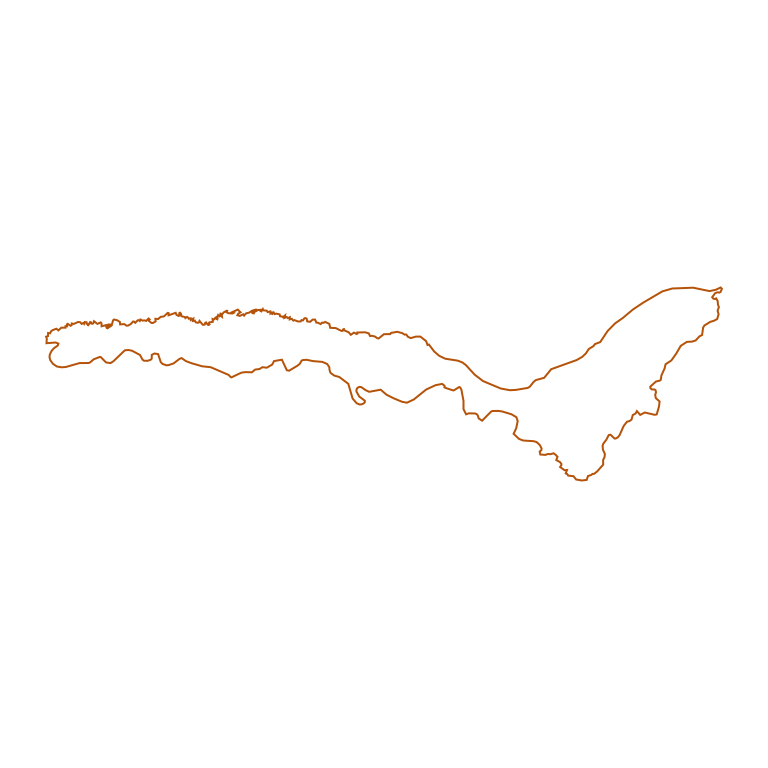 Las Golondrinas, Esmeraldas, Ecuador (Albers equal-area conic projection)
{"feature_id": "8360857B1829680752404", "entity_name": "Las Golondrinas", "entity_type": "district", "adm_level": 2, "iso_a3": "ECU", "parent_name": "Ecuador", "parent_adm1": "Esmeraldas", "projection": "albers", "projection_center": [-79.126, 0.309], "detail": "fine", "context": "isolated", "style": "outline", "palette": "amber", "viewbox_px": 768, "rotation_deg": 0, "n_neighbors": 0, "source": "geoboundaries", "source_scale": "gbopen_adm2", "svg_char_len": 6073}
<svg xmlns="http://www.w3.org/2000/svg" viewBox="0 0 768 768"><path d="M594.2,473.8L597.3,471.3L603.2,464.6L603.1,460.0L604.5,457.2L604.9,454.0L602.9,449.6L602.6,445.7L603.4,443.5L606.3,439.8L608.7,435.1L610.5,434.7L614.5,438.5L615.7,438.5L617.9,437.3L619.6,435.1L623.6,426.1L626.9,421.8L629.6,421.0L631.5,419.6L632.8,415.0L635.5,413.6L636.9,411.1L640.2,414.9L644.8,412.5L654.6,414.8L656.7,414.4L659.0,406.5L659.6,401.5L655.8,398.1L655.2,394.8L656.0,392.3L655.6,390.3L654.7,389.5L651.7,389.4L650.4,388.0L650.3,386.6L656.0,381.5L659.8,380.6L660.8,379.8L661.4,375.5L664.6,368.4L665.6,364.2L671.3,360.5L676.1,353.8L680.7,345.9L686.8,341.9L692.1,341.6L695.6,340.5L699.5,336.3L702.1,335.0L703.1,327.6L704.4,325.5L710.2,321.9L714.3,320.6L717.2,319.0L718.6,314.2L717.6,310.8L718.9,307.1L717.9,304.4L717.7,301.1L716.2,298.4L715.2,299.0L713.4,298.7L712.2,297.2L715.0,293.3L717.2,292.3L719.4,292.6L720.6,291.9L721.9,288.8L720.6,287.5L715.7,289.8L709.6,291.1L693.1,287.7L672.3,288.5L662.3,291.4L642.8,302.9L632.8,309.6L622.9,317.9L615.2,323.3L607.6,331.0L600.2,342.1L594.9,344.1L593.6,346.0L588.8,349.0L585.9,353.4L582.3,356.8L576.8,360.0L551.2,369.2L544.2,377.8L535.8,380.1L533.6,381.9L529.8,386.7L527.8,387.9L515.9,389.9L509.8,390.2L500.7,388.5L483.1,381.1L474.7,374.7L465.8,365.0L462.3,362.4L457.5,360.6L445.2,358.7L439.2,355.8L434.2,351.5L428.9,344.5L427.5,345.0L426.2,341.2L420.4,336.6L415.9,336.6L410.7,338.1L407.8,336.7L406.3,334.5L404.5,334.6L402.4,333.2L397.3,331.8L391.1,332.9L390.2,334.1L383.9,334.2L378.6,338.5L377.1,338.1L375.1,336.6L372.1,335.8L370.0,336.0L368.8,333.4L365.2,332.3L357.3,332.5L357.3,333.7L356.6,334.0L354.0,332.6L350.8,334.8L348.7,332.3L344.4,330.4L344.0,329.1L343.2,329.3L342.6,330.8L341.4,330.9L335.8,328.1L330.2,327.8L329.3,323.9L325.1,321.9L323.7,322.8L322.1,322.6L320.6,324.1L317.9,322.7L316.3,322.6L315.1,319.6L312.6,319.6L310.1,321.8L307.2,321.4L306.7,318.8L305.7,318.1L304.4,318.3L303.0,320.4L301.5,320.1L300.8,321.4L298.0,321.5L294.5,320.1L293.3,320.6L291.8,318.8L289.7,319.4L289.8,317.2L287.9,318.1L286.7,317.0L284.5,317.9L285.0,315.5L282.9,317.2L282.2,316.5L280.1,316.3L279.7,314.4L276.2,313.6L274.7,314.1L273.7,312.5L272.4,314.0L271.9,313.8L272.5,312.7L272.1,312.4L270.4,313.5L270.3,311.4L267.6,312.1L266.8,310.7L263.2,310.3L262.8,309.1L261.3,311.4L260.5,311.0L260.7,309.8L258.1,310.0L255.9,311.2L256.1,309.7L255.2,309.7L252.6,310.6L254.2,311.9L253.8,313.4L252.4,313.1L251.6,311.1L249.2,312.6L246.0,313.4L244.1,315.6L243.2,314.3L239.8,315.9L237.4,315.2L238.3,313.6L240.5,312.3L237.8,309.6L232.3,312.1L233.7,312.8L232.4,313.5L228.4,313.2L226.5,312.2L227.2,310.9L226.8,310.7L223.8,312.3L222.3,314.1L220.5,313.6L220.3,314.2L221.9,315.8L222.0,316.8L220.4,315.5L219.5,316.3L218.1,315.0L217.5,316.4L216.1,317.3L217.6,318.1L217.3,319.3L215.2,318.2L213.9,319.5L212.6,319.0L212.8,321.8L209.3,322.4L208.9,323.3L209.5,324.4L208.5,325.0L207.6,324.6L206.1,322.4L205.3,322.7L204.7,324.6L202.8,324.8L199.5,320.9L198.9,322.4L198.0,322.8L195.7,322.3L194.8,320.6L192.9,321.0L193.3,318.6L190.8,320.0L190.7,318.3L188.7,318.7L188.5,317.9L187.0,316.9L185.4,318.1L185.0,317.1L181.5,316.2L180.9,313.6L180.0,312.7L179.3,313.1L179.3,315.6L178.7,316.0L176.5,314.9L175.7,312.8L168.6,315.3L168.6,313.1L167.7,312.9L163.9,316.4L160.6,316.9L158.2,319.0L155.4,318.8L155.6,321.4L152.9,323.0L151.6,323.0L148.8,320.8L148.6,320.3L149.6,319.4L148.5,318.5L146.2,320.9L144.5,320.4L142.6,320.6L140.4,319.5L139.8,321.0L138.7,320.2L137.7,320.3L135.3,322.8L133.9,321.5L133.1,321.5L130.6,324.2L127.8,325.7L126.6,325.7L124.3,324.1L120.1,324.4L119.9,322.0L117.3,320.3L114.0,319.5L113.1,320.3L111.8,324.8L108.8,324.4L107.5,324.9L107.7,326.0L110.3,326.4L107.5,328.3L106.7,328.0L105.7,325.2L101.6,326.3L101.5,323.3L100.7,322.4L97.4,323.9L94.0,321.2L93.2,323.4L92.4,323.8L90.5,323.2L90.9,322.3L90.2,322.0L87.8,325.9L88.1,324.4L86.7,323.8L86.6,322.3L84.8,322.0L84.1,323.8L83.5,322.9L81.6,323.9L80.2,322.2L78.0,322.0L73.9,323.9L71.8,323.5L71.8,324.9L70.6,325.8L67.7,323.8L66.9,324.4L67.1,326.3L65.5,326.2L65.5,327.7L61.3,327.7L58.4,330.4L56.3,328.7L52.3,330.3L51.0,331.3L50.1,333.3L48.1,333.0L48.0,336.1L46.1,336.7L46.8,338.5L46.5,343.2L55.6,342.5L58.4,343.6L57.7,345.6L53.7,348.4L51.4,351.2L49.8,354.6L49.5,357.2L50.3,360.2L53.0,363.9L56.9,366.5L61.5,367.3L65.8,367.0L79.5,363.1L88.5,363.0L90.0,362.5L93.7,359.3L99.9,356.9L100.9,357.2L106.0,362.4L110.5,363.1L113.5,361.2L124.1,351.0L125.0,350.3L128.3,350.0L132.0,350.7L140.0,355.0L142.5,359.6L143.9,360.7L147.7,360.8L150.8,359.7L151.7,358.7L151.8,354.9L154.5,353.5L158.1,354.1L160.8,362.2L162.5,363.9L166.4,365.3L168.6,365.1L173.6,363.4L179.6,358.8L181.6,358.1L185.9,361.1L191.5,363.2L202.2,366.3L210.7,367.2L228.6,374.9L230.8,377.2L231.6,377.3L241.3,372.7L245.3,372.1L251.9,372.3L255.1,369.6L259.5,369.0L262.4,367.2L266.8,367.7L272.2,364.6L274.0,361.1L281.9,359.7L286.8,370.2L289.1,370.7L297.6,365.6L299.8,363.8L301.6,360.6L303.2,360.0L306.8,359.8L313.0,361.1L322.4,361.9L327.2,364.0L329.3,367.1L329.5,369.8L330.3,372.5L331.1,373.3L334.3,375.6L339.3,377.0L348.3,383.8L352.6,398.5L356.6,403.2L359.6,404.5L361.8,404.3L363.8,403.3L364.8,402.2L364.8,400.7L359.2,396.5L356.7,392.0L356.3,390.5L356.8,388.9L357.5,387.8L359.4,386.9L361.3,387.1L365.5,390.1L369.2,391.8L380.7,389.7L386.5,394.7L393.9,398.4L402.1,401.8L406.9,402.7L413.8,399.5L426.2,389.5L435.5,385.2L442.1,383.9L444.1,385.4L444.7,386.2L444.4,387.3L445.2,387.8L452.8,390.3L453.8,390.4L459.2,387.0L460.2,387.5L461.4,389.6L463.5,400.9L463.5,409.1L466.1,414.3L468.9,413.3L475.2,413.5L476.7,414.1L477.8,415.5L478.7,418.4L482.1,420.7L491.2,411.5L492.8,411.0L498.4,410.9L502.3,411.5L511.5,414.3L516.4,417.2L517.7,421.1L516.2,428.3L513.6,433.8L519.0,438.9L523.1,440.5L533.7,441.2L536.5,442.0L539.8,445.0L541.6,448.5L541.3,450.3L539.7,451.5L540.3,454.5L545.5,454.9L547.7,454.0L550.3,454.2L553.6,453.3L555.6,454.8L557.5,456.8L556.3,460.1L560.0,462.1L561.4,463.9L561.4,465.0L560.1,467.0L564.5,470.2L567.0,470.0L565.7,473.4L567.1,474.0L568.2,475.6L573.5,476.2L576.1,479.5L581.9,480.5L586.7,479.9L588.0,476.0L591.0,475.1L592.5,473.9L594.2,473.8Z" fill="none" stroke="#b45309" stroke-width="2"/></svg>